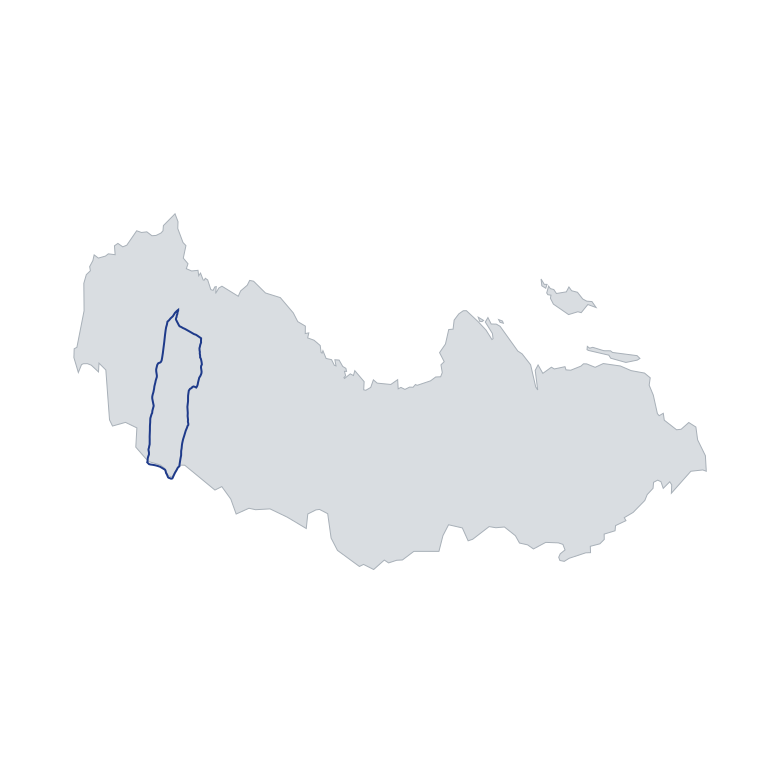 Jokkmokk, Norrbotten, Sweden (highlighted), rotated 256°
{"feature_id": "70781695B36834641182296", "entity_name": "Jokkmokk", "entity_type": "district", "adm_level": 2, "iso_a3": "SWE", "parent_name": "Sweden", "parent_adm1": "Norrbotten", "projection": "robinson", "projection_center": [18.54, 66.923], "detail": "fine", "context": "in_parent", "style": "outline", "palette": "blue", "viewbox_px": 768, "rotation_deg": 256, "n_neighbors": 0, "source": "geoboundaries", "source_scale": "gbopen_adm2", "svg_char_len": 6035}
<svg xmlns="http://www.w3.org/2000/svg" viewBox="0 0 768 768"><g transform="rotate(256 384 384)"><path d="M176.6,513.9L179.2,519.5L185.1,518.8L187.7,514.7L191.2,502.6L187.8,489.1L193.2,484.4L196.9,477.0L205.0,474.8L216.1,466.3L217.5,457.7L220.2,451.5L211.9,432.5L211.5,427.7L225.4,425.2L231.8,412.6L222.6,404.5L208.3,396.8L214.4,372.5L208.8,359.3L209.9,353.7L209.3,345.2L213.1,341.7L206.5,329.1L213.9,320.5L212.9,316.0L233.8,298.6L247.3,295.4L271.8,298.0L277.9,291.1L278.3,287.4L276.3,278.6L262.6,273.6L278.2,257.9L290.4,243.2L293.1,229.0L296.1,222.9L293.6,209.1L309.4,207.5L323.7,201.8L322.0,194.3L353.4,171.0L354.5,166.9L352.2,162.9L345.0,155.8L347.2,152.5L355.5,150.6L359.5,147.4L365.9,136.5L382.8,127.9L401.2,133.6L409.3,123.9L408.9,110.4L415.6,109.0L464.9,117.5L473.2,112.5L464.8,109.9L473.1,104.5L475.5,101.1L476.4,97.3L476.0,95.2L469.1,90.2L484.7,89.5L493.1,91.9L493.9,94.9L527.6,110.7L554.3,117.1L562.1,121.6L564.9,126.5L569.1,126.8L574.2,131.4L579.4,134.0L575.3,137.3L575.5,144.7L577.0,148.0L574.5,154.4L583.3,155.9L584.8,159.8L580.3,163.7L580.9,168.0L592.5,181.1L589.7,185.3L589.0,190.7L584.0,194.7L583.3,198.8L584.4,204.0L586.1,206.6L591.1,208.3L599.7,222.4L591.3,223.4L584.8,221.5L569.9,223.2L566.2,225.3L554.7,219.7L548.1,222.9L543.7,220.1L540.2,224.7L539.3,231.0L533.9,230.4L536.0,232.8L528.7,233.7L528.2,234.6L529.8,236.2L527.6,238.1L517.5,238.8L516.2,240.8L519.1,243.3L519.1,244.8L512.6,242.5L517.1,247.0L518.1,250.4L504.4,263.8L509.0,267.4L512.9,275.2L517.0,278.7L515.3,282.3L501.0,291.0L492.9,304.3L474.9,313.2L465.4,315.4L459.2,321.7L452.0,319.8L451.8,323.4L447.2,321.1L443.4,326.7L436.8,331.4L429.7,330.6L428.9,331.4L431.1,332.8L422.8,334.0L420.3,339.0L414.2,340.3L413.2,341.8L419.4,342.2L418.1,346.2L411.0,348.2L408.4,350.8L405.3,350.7L405.9,348.7L401.3,348.8L399.8,346.6L398.9,347.1L402.0,353.7L399.6,356.4L404.0,358.9L391.1,365.3L383.3,362.9L382.3,364.8L383.9,370.3L390.6,374.7L386.5,377.6L381.9,390.5L384.9,398.3L375.9,396.6L376.6,399.6L373.7,403.0L374.8,408.1L373.8,411.4L375.9,414.4L374.7,415.8L375.8,429.9L378.3,435.9L377.3,440.7L381.0,443.3L388.8,443.9L391.1,447.8L401.0,445.5L407.9,453.3L421.2,460.0L420.5,464.3L429.0,467.5L433.9,473.5L435.9,478.6L435.2,481.7L421.9,490.3L411.7,496.0L401.0,499.5L401.6,500.8L406.8,501.4L419.6,497.3L423.3,500.9L416.3,502.5L414.9,507.5L411.9,510.6L383.6,521.8L379.8,525.3L367.2,530.9L344.5,530.5L341.0,531.7L360.6,534.0L365.2,538.1L355.9,540.7L359.8,550.5L357.4,552.9L357.0,563.8L353.7,564.0L352.2,568.5L353.7,579.4L355.3,582.4L354.5,585.5L349.1,592.9L350.8,601.7L344.3,617.7L337.2,627.0L331.6,639.4L325.6,643.8L318.7,641.0L308.1,642.6L289.1,642.1L286.7,643.3L288.0,647.9L281.1,647.2L268.8,656.8L268.2,661.4L272.9,670.4L266.8,676.2L253.9,674.8L236.7,678.5L221.4,675.6L223.5,672.5L225.1,660.6L208.5,636.4L216.6,638.8L220.0,637.6L215.2,629.7L222.2,629.1L224.5,626.3L223.4,621.8L217.7,619.8L213.0,612.6L207.9,608.9L199.1,594.6L196.2,584.8L192.9,585.7L190.6,574.4L185.7,572.7L185.1,561.3L179.9,560.1L176.7,554.8L176.6,544.9L170.4,543.6L171.4,538.9L170.1,521.5L168.3,516.0L170.2,512.0L173.6,511.6L176.6,513.9ZM439.1,567.4L436.3,568.5L434.6,571.6L430.1,573.2L429.3,583.2L433.4,586.9L429.1,588.6L426.2,593.9L418.4,597.4L415.3,600.8L413.7,605.7L406.9,608.3L411.8,601.0L405.5,592.6L407.2,589.6L406.7,579.9L420.5,567.7L426.9,566.2L429.8,567.5L431.0,564.6L433.0,563.9L439.1,567.4ZM350.3,636.4L346.9,638.5L345.9,635.5L346.4,623.9L354.2,610.2L357.6,609.1L367.1,590.5L368.2,589.3L371.3,590.4L369.0,592.2L369.1,595.4L363.1,605.4L361.4,611.8L359.3,613.4L350.3,636.4ZM441.9,563.6L441.2,566.3L437.8,564.1L441.1,560.9L447.9,561.8L441.9,563.6ZM426.0,491.6L421.6,496.0L420.8,494.2L421.7,492.0L426.0,491.6ZM416.4,514.2L414.1,514.5L415.8,511.5L418.8,510.8L416.4,514.2Z" fill="#d9dde1" stroke="#a8b0b8" stroke-width="1"/><path d="M435.6,207.1L436.4,207.9L438.3,209.3L439.5,209.8L440.2,210.0L442.0,210.2L444.2,210.4L445.7,210.9L447.0,212.0L449.2,212.3L451.5,212.4L452.8,212.4L454.4,212.0L455.3,212.3L456.5,212.5L458.1,212.6L459.7,213.1L461.4,213.2L463.4,213.6L464.6,214.3L466.5,215.2L467.7,216.0L468.4,216.5L469.9,216.8L472.6,217.6L474.0,216.4L476.6,214.1L477.3,213.4L478.4,211.7L482.0,208.0L485.6,204.2L487.0,202.4L488.3,201.1L489.5,199.6L491.3,199.0L492.8,198.7L494.3,198.3L495.3,198.1L497.0,197.7L498.1,198.1L499.0,198.8L500.8,199.6L501.9,200.4L503.7,201.1L504.9,202.0L505.7,202.2L505.0,200.7L503.6,198.4L500.8,195.5L499.4,192.9L497.7,190.6L496.9,189.0L494.1,187.7L491.7,186.3L489.2,185.2L484.6,183.4L477.8,180.9L471.9,178.6L467.5,176.9L463.2,175.1L460.8,174.0L459.5,173.0L458.9,171.7L458.9,170.9L458.7,169.9L457.4,168.6L455.7,167.7L453.4,166.5L451.7,166.1L449.8,165.9L447.4,165.7L445.8,165.3L444.5,164.5L442.7,163.4L440.6,162.4L439.1,161.6L437.2,160.6L435.1,159.8L431.9,158.3L429.7,157.0L428.1,156.2L426.8,155.8L425.8,155.6L423.8,155.5L421.6,155.4L418.9,155.3L418.2,155.1L416.8,154.3L414.1,152.8L411.9,152.0L410.9,151.1L409.0,150.0L407.3,149.0L405.4,148.4L403.5,147.9L402.0,147.4L399.8,146.7L395.5,145.6L389.7,143.9L386.7,143.2L385.6,142.9L384.0,142.5L382.1,142.0L380.4,141.1L379.0,140.5L377.7,139.7L376.7,139.5L374.6,139.4L372.5,138.9L370.9,137.8L369.1,136.8L367.2,136.2L366.3,135.9L365.4,135.3L365.2,135.4L364.6,135.7L363.8,136.2L363.1,136.6L362.4,137.9L361.6,139.9L360.5,142.3L359.4,144.3L357.9,146.7L356.1,148.5L355.2,149.4L354.5,150.1L353.9,150.7L353.1,151.0L351.7,151.0L350.3,151.0L349.3,151.3L348.6,151.5L347.7,151.6L346.5,151.8L345.8,151.9L345.3,152.2L344.7,152.9L344.4,153.5L343.6,154.5L343.6,155.8L344.3,156.4L346.2,157.9L348.5,159.8L350.2,161.5L351.5,162.7L352.6,163.6L353.2,164.5L353.6,165.5L354.0,165.6L357.4,167.0L360.7,168.4L363.9,169.9L368.1,171.0L370.6,172.1L373.5,173.1L375.4,173.9L378.8,175.6L382.4,177.8L386.8,180.4L389.3,182.3L390.8,183.2L391.6,184.2L392.6,184.5L394.9,184.6L396.7,185.2L400.4,185.7L403.4,186.6L409.4,187.7L414.7,189.7L417.9,190.5L420.1,191.1L422.6,192.1L424.8,193.0L426.2,194.6L426.7,196.4L427.4,197.2L427.7,198.5L426.9,200.0L426.0,200.9L426.8,201.9L428.4,203.0L430.6,204.0L434.9,206.3L435.6,207.1Z" fill="none" stroke="#1e3a8a" stroke-width="2"/></g></svg>